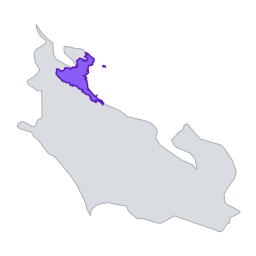 Osa, Puntarenas, Costa Rica shown in context, rotated 179°
{"feature_id": "36466004B23652443238408", "entity_name": "Osa", "entity_type": "district", "adm_level": 2, "iso_a3": "CRI", "parent_name": "Costa Rica", "parent_adm1": "Puntarenas", "projection": "orthographic", "projection_center": [-83.568, 8.892], "detail": "fine", "context": "in_parent", "style": "filled", "palette": "violet", "viewbox_px": 256, "rotation_deg": 179, "n_neighbors": 0, "source": "geoboundaries", "source_scale": "gbopen_adm2", "svg_char_len": 7266}
<svg xmlns="http://www.w3.org/2000/svg" viewBox="0 0 256 256"><g transform="rotate(179 128 128)"><path d="M238.8,131.7L238.4,132.9L237.3,134.2L235.7,135.6L233.5,136.5L228.2,133.8L223.0,130.7L220.2,132.1L219.1,136.1L217.2,138.2L214.8,139.0L213.8,140.3L213.6,153.8L213.8,166.6L217.8,166.9L224.3,171.3L227.1,173.9L228.0,176.3L227.2,177.4L222.4,180.2L217.8,183.7L215.4,188.1L219.5,195.2L220.4,200.0L220.3,205.0L219.2,207.5L210.1,213.3L208.1,215.3L208.4,216.7L213.4,220.7L215.8,224.6L217.7,229.2L218.0,233.3L213.5,225.8L207.2,218.7L201.7,214.3L201.3,204.0L199.1,198.4L190.9,193.3L183.8,189.7L178.6,190.4L181.8,196.3L190.1,203.9L190.6,206.8L190.5,210.7L184.8,210.1L179.8,208.5L173.7,208.0L169.6,205.7L161.0,196.6L167.1,188.9L169.0,183.9L168.8,173.4L167.4,168.3L160.8,160.5L150.3,152.0L135.5,145.1L128.5,139.4L111.2,135.1L104.7,132.3L99.5,127.0L98.8,123.2L100.6,117.3L95.9,109.9L75.4,95.3L63.9,89.8L61.4,86.7L59.6,85.7L61.3,95.8L66.3,101.8L79.4,107.6L83.0,110.9L84.5,115.2L76.8,123.3L72.9,125.4L71.8,129.9L69.3,131.2L66.6,128.6L56.0,115.7L35.5,109.4L31.8,105.6L24.2,93.8L20.7,83.1L22.1,76.0L30.6,64.9L33.2,60.0L32.7,57.0L33.0,52.6L29.9,49.6L22.1,45.5L17.2,42.3L18.6,40.7L27.5,36.4L28.1,32.5L28.1,31.2L29.5,31.0L30.9,30.0L31.7,28.9L34.1,25.2L36.3,23.1L38.7,22.7L41.7,24.3L53.0,28.4L65.5,32.9L83.3,39.4L90.7,35.3L97.1,32.2L101.5,32.7L111.1,36.3L116.9,37.5L120.4,37.2L126.5,42.5L129.9,46.5L130.4,49.2L132.3,50.6L137.1,50.9L148.8,53.7L155.9,53.1L162.5,50.3L166.0,46.8L167.2,41.4L168.8,44.1L170.7,48.3L171.6,53.7L180.0,71.8L186.7,82.0L201.5,100.4L207.9,103.8L218.7,118.6L222.4,121.1L224.5,125.5L235.7,129.0L238.8,131.7Z" fill="#d9dde1" stroke="#a8b0b8" stroke-width="1"/><path d="M178.7,191.4L178.6,191.0L178.6,190.9L178.1,191.0L178.0,191.3L177.8,191.3L177.7,191.1L177.6,190.6L177.7,190.1L177.8,190.0L177.8,189.8L178.0,189.6L178.6,189.5L178.8,189.3L179.0,189.2L179.5,189.4L180.3,189.3L180.6,189.4L180.8,189.8L181.0,190.0L181.5,189.8L181.6,189.7L182.1,189.6L182.3,189.2L182.8,188.9L183.0,188.5L183.3,188.6L183.5,188.6L183.7,188.9L183.9,188.9L183.9,188.7L184.2,188.6L184.3,188.3L184.6,188.2L184.6,187.9L184.9,188.0L185.0,188.2L185.0,188.5L185.4,188.4L185.7,188.5L186.2,188.7L186.4,188.7L186.8,188.6L187.1,188.9L187.8,189.5L188.3,189.4L188.4,189.2L188.5,189.1L188.8,189.0L189.4,189.0L190.0,189.2L190.2,188.9L190.1,188.7L190.3,188.0L190.5,187.9L190.7,187.4L190.8,186.9L191.0,186.8L191.5,186.7L191.7,186.4L192.0,186.4L192.2,186.5L193.0,186.3L193.2,186.1L193.3,185.8L193.7,185.9L194.2,186.0L194.4,186.4L194.9,186.6L195.1,187.1L196.1,187.6L196.4,187.8L196.9,187.9L197.4,188.4L197.7,188.4L197.8,188.4L198.2,188.1L198.3,187.5L198.5,187.3L198.5,186.5L198.4,186.3L198.5,186.1L198.4,185.8L198.4,185.3L198.8,184.3L198.8,183.9L199.0,183.6L198.9,183.3L198.5,183.0L198.1,182.6L197.5,181.2L197.0,180.7L196.9,180.5L195.7,179.5L195.6,179.2L194.5,178.5L194.2,178.2L194.0,177.7L193.5,177.2L193.4,176.5L193.3,176.4L192.2,176.1L191.9,175.8L191.7,175.6L191.3,175.3L190.5,175.5L189.5,174.8L189.0,174.5L188.7,174.4L187.9,174.3L187.3,174.6L186.1,174.3L185.2,173.7L185.4,173.3L185.4,172.5L185.3,172.2L184.8,171.9L184.1,171.6L183.5,171.5L183.2,171.2L182.9,171.0L182.5,171.0L182.3,171.2L182.3,171.9L182.2,172.2L181.8,172.0L181.5,171.6L181.2,171.3L180.5,171.3L180.1,171.1L178.7,170.9L178.5,170.7L178.1,170.0L177.6,169.7L176.9,169.2L177.0,168.9L176.8,168.8L176.6,168.4L176.0,168.3L175.6,167.8L175.2,167.6L174.8,167.5L174.5,167.3L173.8,167.3L173.2,167.2L172.9,167.0L172.6,167.0L172.5,166.9L172.4,166.7L172.4,166.4L173.0,166.0L173.0,165.8L173.4,165.3L173.3,165.1L172.7,165.0L172.2,164.9L171.8,164.7L171.2,164.1L171.0,163.8L169.7,163.0L169.4,162.5L168.8,162.2L168.4,162.2L167.4,162.0L166.7,161.7L166.1,160.7L165.1,160.1L164.9,159.4L164.8,158.9L165.2,158.8L165.3,158.5L165.1,157.9L164.4,157.0L164.3,156.6L163.2,156.1L162.9,155.5L162.7,155.5L162.6,155.8L162.1,155.8L161.3,155.7L160.8,155.6L160.6,154.7L160.4,154.5L160.1,154.2L159.5,154.3L159.4,154.5L159.4,154.8L159.6,155.0L159.7,155.7L159.5,155.9L159.2,156.0L158.8,156.0L158.2,155.7L157.1,155.5L156.5,155.2L156.1,155.2L155.8,155.0L155.1,154.1L154.4,153.6L153.7,153.2L153.4,152.7L153.1,151.8L152.8,151.8L152.5,153.0L152.1,153.5L153.7,154.9L153.8,155.2L153.8,155.6L153.6,155.6L153.7,155.8L154.0,155.7L154.3,156.0L154.6,156.0L155.0,156.4L155.3,156.3L155.7,156.5L155.8,156.5L156.2,156.8L156.9,157.0L157.2,157.2L157.3,157.5L157.6,157.5L157.8,157.6L158.6,158.4L159.3,159.6L159.3,160.2L159.3,160.4L159.1,160.7L159.5,160.5L159.9,160.4L160.6,160.5L161.3,160.8L161.4,161.1L161.7,161.6L162.1,161.8L162.3,162.1L163.2,163.0L163.6,163.2L163.6,163.4L164.0,163.9L164.0,164.2L164.1,164.3L164.3,164.3L164.5,164.5L164.6,165.1L165.0,165.2L165.3,165.5L165.6,166.2L165.9,166.6L166.2,166.7L166.2,166.4L166.4,166.3L166.9,166.7L167.3,167.1L167.4,167.4L167.0,167.4L166.9,167.5L167.0,168.1L167.5,169.0L167.7,169.8L167.8,170.7L167.7,171.4L167.7,172.4L167.9,173.3L168.0,173.7L168.3,173.8L168.2,174.2L168.2,174.5L168.5,175.5L168.3,175.8L168.5,176.2L169.2,176.2L169.1,176.6L169.2,176.8L170.1,177.7L170.2,178.0L169.8,178.1L169.5,178.0L169.2,177.7L168.8,177.6L168.6,177.8L168.6,179.0L168.8,179.4L169.2,179.4L170.3,179.9L171.0,180.8L171.4,181.0L171.0,181.1L170.6,180.9L170.1,181.0L169.9,181.2L169.8,181.6L169.6,181.7L169.4,181.7L169.4,182.1L168.6,182.5L168.2,182.5L167.9,182.8L167.5,182.9L167.0,183.7L166.5,184.2L166.5,184.6L166.6,184.8L166.8,184.7L167.2,185.5L167.5,185.7L168.0,185.5L168.3,185.7L168.0,185.9L167.3,185.8L167.0,186.1L166.8,186.1L166.8,186.5L167.1,187.2L167.2,188.2L167.1,188.4L166.7,188.6L166.7,188.8L166.7,189.7L166.6,190.2L166.3,190.9L166.0,191.2L165.6,191.4L165.3,191.4L165.0,191.1L164.8,191.1L164.1,191.3L163.9,191.2L163.6,191.3L163.2,191.6L162.9,191.6L162.6,191.8L162.5,192.2L162.2,192.3L162.2,192.5L162.2,192.9L162.2,193.0L162.3,193.6L162.3,194.2L162.0,194.4L161.8,194.6L161.1,194.7L161.1,194.9L161.1,195.1L161.3,195.5L160.9,195.8L160.8,196.3L160.9,197.1L160.8,197.3L161.0,197.5L160.9,197.7L161.1,198.2L161.8,198.8L162.0,198.8L162.1,198.7L162.3,198.8L162.7,198.8L165.1,201.3L166.4,202.7L166.6,202.6L166.9,202.7L167.0,202.9L167.3,203.1L167.5,203.2L167.5,203.3L168.1,203.6L168.4,204.0L168.9,204.0L169.3,203.7L168.7,203.4L168.6,203.1L168.0,202.8L167.9,202.6L167.7,202.0L167.9,202.0L167.9,201.9L168.2,202.0L168.3,201.8L168.7,201.7L168.8,201.4L169.1,201.1L169.4,200.9L169.6,200.5L170.1,200.3L170.2,200.0L170.1,199.9L169.5,199.6L169.0,199.3L168.5,199.3L168.1,199.1L167.6,198.3L167.1,198.1L167.3,197.6L167.5,197.6L167.8,197.2L168.0,197.1L168.1,196.4L167.9,196.2L168.0,196.0L168.0,195.8L168.3,195.7L168.5,195.7L168.6,195.9L169.2,195.8L169.4,196.0L169.6,196.3L169.8,196.5L170.1,196.8L170.7,196.8L171.0,196.7L171.2,196.1L170.9,195.6L170.9,195.4L171.1,195.4L171.5,195.8L172.0,196.7L171.9,197.2L172.0,197.5L172.4,197.6L173.2,198.0L174.2,198.2L174.5,198.4L174.7,198.6L174.9,198.6L175.3,198.0L175.5,198.0L176.3,197.7L176.6,197.3L176.9,197.1L177.1,196.5L177.6,196.5L178.0,195.9L178.0,195.6L178.1,195.4L178.0,195.1L177.8,195.0L177.7,194.8L177.7,194.0L177.8,193.6L177.8,193.1L177.7,192.8L177.6,192.5L177.8,192.4L177.8,192.1L177.9,191.7L178.3,191.6L178.7,191.4ZM150.2,189.6L149.6,189.5L149.8,190.0L150.3,190.4L150.6,190.5L150.9,190.8L151.1,190.8L151.3,190.9L151.6,190.9L152.1,190.2L152.1,189.8L151.1,189.7L150.5,189.6L150.2,189.6Z" fill="#8b5cf6" stroke="#5b21b6" stroke-width="1.5"/></g></svg>